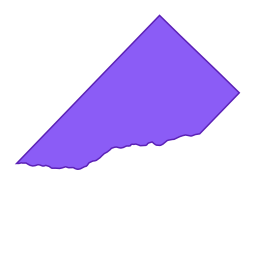 outline of Winona, Minnesota, United States of America, rotated 134°
{"feature_id": "52423323B34480475653148", "entity_name": "Winona", "entity_type": "district", "adm_level": 2, "iso_a3": "USA", "parent_name": "United States of America", "parent_adm1": "Minnesota", "projection": "robinson", "projection_center": [-91.574, 44.02], "detail": "fine", "context": "isolated", "style": "filled", "palette": "violet", "viewbox_px": 256, "rotation_deg": 134, "n_neighbors": 0, "source": "geoboundaries", "source_scale": "gbopen_adm2", "svg_char_len": 1340}
<svg xmlns="http://www.w3.org/2000/svg" viewBox="0 0 256 256"><g transform="rotate(134 128 128)"><path d="M25.1,183.5L115.4,183.6L230.9,183.5L229.1,181.7L227.7,180.9L227.1,180.5L226.5,179.5L224.0,177.0L223.4,174.3L222.8,172.4L221.5,170.2L219.5,168.6L216.9,167.3L215.8,165.7L214.8,163.3L214.4,162.7L213.4,161.9L212.1,161.2L211.9,161.0L210.4,158.0L210.0,155.3L209.5,154.5L207.3,152.3L204.6,149.1L202.2,147.5L199.3,146.0L199.0,145.6L198.2,143.8L197.7,143.0L194.6,140.0L194.4,139.4L194.2,139.2L194.0,138.1L193.2,136.4L192.5,135.4L191.2,134.4L190.4,133.9L186.0,132.4L184.5,131.5L183.2,131.4L180.6,131.8L180.0,131.8L176.3,130.4L174.5,129.0L173.2,128.3L168.7,127.5L166.3,127.5L162.9,127.3L159.8,126.3L156.1,125.8L154.3,125.8L153.7,125.6L151.2,124.3L149.8,123.2L148.2,120.4L147.3,119.2L146.4,118.6L145.2,117.8L143.0,117.0L141.9,116.5L140.5,115.0L139.3,114.1L138.7,114.0L137.9,114.3L137.6,114.2L136.8,113.8L135.7,112.4L134.4,111.5L133.8,110.6L132.8,108.4L132.3,107.1L131.8,106.5L128.1,103.1L127.0,102.8L125.6,103.0L124.5,102.8L121.4,101.0L121.2,100.6L121.2,98.8L120.9,96.7L120.6,95.7L118.4,93.0L118.2,92.9L117.7,92.5L115.4,91.7L109.9,91.1L108.7,90.5L105.6,88.3L104.1,87.0L98.3,84.8L95.4,83.3L93.0,81.7L90.0,77.1L89.1,76.5L85.9,75.0L82.4,72.4L25.4,72.4L25.2,100.1L25.3,155.6L25.1,183.5Z" fill="#8b5cf6" stroke="#5b21b6" stroke-width="1.5"/></g></svg>